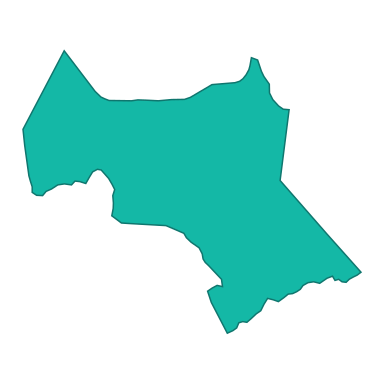 outline of Jacaraú, Paraíba, Brazil
{"feature_id": "56859067B40843060287877", "entity_name": "Jacaraú", "entity_type": "district", "adm_level": 2, "iso_a3": "BRA", "parent_name": "Brazil", "parent_adm1": "Paraíba", "projection": "natural_earth1", "projection_center": [-35.265, -6.604], "detail": "fine", "context": "isolated", "style": "filled", "palette": "teal", "viewbox_px": 384, "rotation_deg": 0, "n_neighbors": 0, "source": "geoboundaries", "source_scale": "gbopen_adm2", "svg_char_len": 1429}
<svg xmlns="http://www.w3.org/2000/svg" viewBox="0 0 384 384"><path d="M95.1,91.4L64.2,50.8L49.2,79.4L23.0,129.3L24.7,145.4L28.9,175.8L30.5,181.5L32.2,186.8L32.2,192.4L36.6,195.3L42.6,195.6L46.1,191.4L51.5,189.0L57.8,184.9L64.4,183.9L71.5,184.9L75.0,181.1L79.8,181.6L85.8,183.5L89.3,177.3L92.6,171.9L97.4,169.3L101.2,170.0L104.1,173.3L108.6,178.4L112.0,184.2L114.7,189.5L112.8,195.6L113.4,203.0L113.2,208.5L111.8,215.8L121.4,223.0L129.0,223.5L166.0,225.6L183.9,233.3L186.4,237.7L191.2,242.3L199.1,247.8L202.2,253.8L203.1,259.0L205.3,262.5L208.6,265.6L213.2,270.5L218.4,276.0L221.5,279.3L222.5,286.6L217.1,285.4L212.1,288.1L207.6,291.2L211.3,302.4L227.3,333.2L232.8,330.7L236.7,327.9L238.8,322.8L242.7,321.6L246.9,322.3L251.4,318.4L256.3,313.8L260.8,310.7L264.0,304.2L267.6,298.4L273.3,299.8L278.4,301.6L283.8,297.7L288.2,294.1L292.6,293.6L296.7,291.7L300.3,289.3L303.0,285.5L307.9,282.7L313.6,281.8L319.7,283.3L327.1,278.2L332.5,276.2L335.0,280.4L338.7,279.3L342.0,281.8L346.1,282.3L349.3,279.2L353.3,277.0L357.2,275.1L361.0,272.2L327.0,234.1L280.1,180.5L289.1,109.7L283.2,109.2L278.5,105.9L272.8,99.6L269.5,93.0L269.3,84.2L263.9,76.5L261.4,71.3L257.6,60.0L251.4,57.7L250.0,65.6L248.9,69.7L246.1,74.8L242.9,78.8L239.6,81.3L235.0,82.7L212.0,84.6L190.3,97.4L184.5,99.4L171.6,99.6L158.3,100.8L146.3,100.2L137.9,99.9L131.5,100.8L109.0,100.5L104.7,98.8L100.9,97.0L95.1,91.4Z" fill="#14b8a6" stroke="#0f766e" stroke-width="1.5"/></svg>